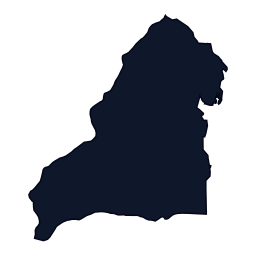 Al-Haffa, Lattakia, Syria
{"feature_id": "27442178B95231031847739", "entity_name": "Al-Haffa", "entity_type": "district", "adm_level": 2, "iso_a3": "SYR", "parent_name": "Syria", "parent_adm1": "Lattakia", "projection": "equal_earth", "projection_center": [36.135, 35.638], "detail": "fine", "context": "isolated", "style": "filled", "palette": "ink", "viewbox_px": 256, "rotation_deg": 0, "n_neighbors": 0, "source": "geoboundaries", "source_scale": "gbopen_adm2", "svg_char_len": 4317}
<svg xmlns="http://www.w3.org/2000/svg" viewBox="0 0 256 256"><path d="M210.5,43.8L208.3,43.7L207.4,43.6L207.1,43.5L206.7,43.6L205.9,43.8L204.5,43.6L198.2,43.2L197.0,40.9L193.8,37.2L193.8,36.8L192.8,32.6L188.1,27.2L187.7,26.7L187.2,26.4L184.9,24.8L180.2,21.7L176.6,19.2L173.1,19.9L172.1,20.0L166.3,16.6L165.8,16.0L165.4,15.4L164.9,16.3L164.0,18.3L161.8,20.1L160.0,21.9L158.0,22.6L157.7,22.7L155.6,23.4L152.5,24.9L152.4,24.9L150.4,27.0L149.1,29.1L148.5,30.9L147.8,32.7L146.3,34.5L145.1,36.0L143.1,38.1L142.5,38.5L141.3,39.1L139.1,41.2L137.3,42.9L135.9,44.3L134.3,46.4L133.4,47.6L130.5,50.7L129.1,52.3L126.9,53.6L124.7,54.6L122.9,55.6L122.7,56.1L122.4,56.9L122.4,59.5L123.0,62.3L123.1,62.9L123.8,64.7L123.3,66.0L122.7,67.8L121.3,70.6L121.0,71.2L119.9,73.5L119.4,74.6L118.2,76.9L116.2,80.0L115.4,81.3L115.0,82.4L114.1,84.9L112.4,87.8L111.4,89.6L111.3,89.8L110.3,90.9L107.6,92.4L105.0,93.3L104.9,93.4L104.3,94.1L103.8,96.1L103.8,96.4L103.7,96.8L103.5,99.3L102.2,101.1L100.5,101.9L99.7,102.3L98.8,103.0L96.3,104.6L94.6,105.8L93.0,107.0L92.5,107.5L92.3,107.7L90.8,109.3L90.3,111.4L90.2,114.5L90.8,116.9L91.4,119.2L91.6,121.5L92.3,123.6L93.9,126.8L95.6,129.9L96.3,133.0L96.0,136.4L93.5,139.2L91.2,141.3L89.5,141.5L86.8,142.0L84.3,142.3L80.6,145.1L77.0,147.8L75.8,148.6L74.3,149.6L72.0,151.9L68.3,154.5L66.1,156.0L63.1,157.3L59.7,158.3L56.7,160.1L54.5,161.4L52.7,162.7L50.7,164.7L49.2,166.3L46.8,167.3L45.3,167.5L44.0,168.6L43.3,169.6L42.7,172.5L41.4,177.9L40.4,181.3L38.1,184.1L35.1,187.8L32.6,190.3L30.6,191.4L30.2,192.4L29.6,193.4L28.9,194.7L29.6,197.6L32.1,200.9L32.7,201.3L33.5,201.9L33.5,204.5L33.7,207.9L34.1,210.3L37.0,214.2L38.7,217.1L39.6,221.0L39.5,223.6L38.0,226.0L36.3,227.8L35.3,230.4L35.5,234.2L34.6,238.3L43.5,240.6L47.5,239.3L49.9,236.8L51.1,234.9L53.6,231.1L55.1,228.7L56.4,226.4L58.4,224.9L63.1,221.8L67.8,220.0L69.3,220.0L70.5,219.5L72.2,219.3L75.5,219.2L79.0,219.7L80.9,218.9L84.2,216.9L86.7,215.4L90.6,214.1L95.0,212.0L98.0,211.8L100.2,211.6L102.7,211.6L105.4,211.9L108.0,212.4L110.5,213.2L114.4,213.5L115.9,214.1L117.3,214.6L118.6,214.9L122.1,214.8L124.4,214.7L125.2,215.2L131.8,215.3L137.4,215.3L138.4,215.6L141.1,216.7L142.8,216.9L146.0,218.8L148.9,219.9L150.6,219.9L152.6,220.2L155.2,221.0L158.2,219.1L160.4,217.5L162.3,216.6L163.8,217.1L165.1,219.0L166.8,219.0L168.5,218.2L170.3,216.7L171.4,215.8L172.3,215.1L174.3,214.1L177.2,213.4L181.6,213.1L187.5,213.2L193.6,213.5L206.3,214.1L206.3,211.6L206.2,209.2L206.1,203.0L206.0,198.1L206.0,196.6L205.9,195.1L205.9,192.1L205.8,190.4L205.8,180.5L209.9,176.2L210.1,171.8L209.7,168.6L210.4,167.3L210.7,165.7L210.0,165.7L209.3,165.6L208.0,158.0L207.8,155.4L203.0,149.7L202.9,142.1L202.9,136.8L204.6,136.8L205.7,133.7L207.4,125.7L206.8,121.4L206.7,120.4L203.7,120.3L203.3,120.0L203.2,119.9L203.2,119.7L202.7,118.7L201.6,117.3L201.5,115.4L202.4,115.1L203.2,114.5L203.4,113.4L200.0,110.2L199.7,109.9L198.5,109.1L198.4,109.0L197.5,108.4L196.9,108.0L196.9,106.7L199.8,96.3L199.9,95.9L200.0,96.2L202.0,99.1L201.7,99.8L201.8,99.9L202.1,100.1L202.3,100.3L202.4,100.5L202.6,100.6L202.7,100.9L203.3,101.8L203.7,101.9L203.8,101.8L204.0,102.0L204.5,102.0L204.7,102.3L204.8,102.5L204.7,102.7L204.7,103.2L204.8,103.5L204.7,103.7L204.9,103.7L206.5,104.2L208.7,104.9L209.0,105.0L209.7,105.2L210.5,105.2L212.6,105.2L213.2,103.5L214.6,102.3L214.8,102.7L215.1,102.8L215.2,103.2L215.6,103.3L216.0,103.0L216.4,101.3L216.4,101.2L216.2,100.1L215.4,99.2L215.3,98.7L215.7,97.4L215.9,97.1L216.0,96.9L216.3,96.0L216.3,95.8L216.7,95.7L216.8,95.9L217.0,97.2L217.5,97.2L218.0,97.1L217.8,96.7L217.0,94.1L217.1,93.1L218.4,92.9L219.8,94.7L219.1,95.2L218.7,94.8L217.9,94.9L217.8,95.4L218.3,96.3L218.5,97.2L218.7,97.3L218.8,98.0L218.7,98.3L219.6,98.5L220.2,97.9L220.3,97.8L220.6,98.0L220.7,98.9L220.3,99.0L220.4,99.5L220.6,100.1L220.2,100.1L220.1,99.9L219.9,99.8L219.8,99.6L219.6,99.7L219.4,100.4L218.7,100.9L218.6,101.7L218.5,102.4L218.1,103.1L218.7,104.1L220.0,103.1L221.7,100.0L221.6,97.8L222.4,91.3L221.0,89.5L219.5,87.6L220.0,85.0L220.5,81.5L221.3,80.7L221.7,80.2L222.1,79.6L222.4,79.6L223.3,79.1L223.6,78.2L223.1,76.6L223.2,75.4L222.9,74.8L222.9,74.2L221.8,70.9L222.7,69.6L223.0,69.1L223.5,68.9L225.9,71.4L227.1,69.3L226.9,67.3L226.3,66.7L225.7,66.0L221.6,61.4L221.6,60.5L219.8,58.6L218.4,56.8L213.4,53.6L212.1,51.4L210.5,43.8Z" fill="#0f172a" stroke="#020617" stroke-width="1.5"/></svg>